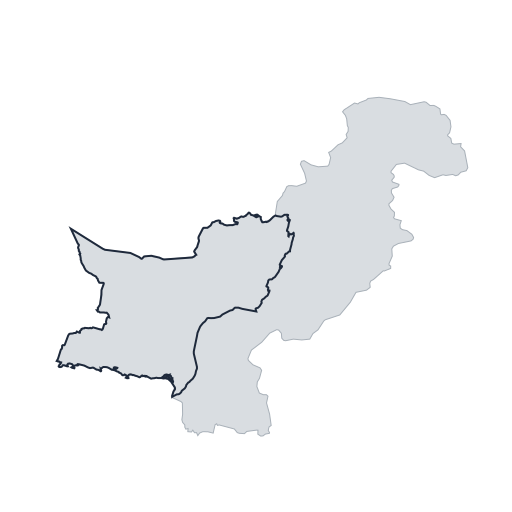 where Baluchistan sits in Pakistan, rotated 13°
{"feature_id": "PAK-1108", "entity_name": "Baluchistan", "entity_type": "Province", "adm_level": 1, "iso_a3": "PAK", "parent_name": "Pakistan", "parent_adm1": "", "projection": "natural_earth1", "projection_center": [66.028, 28.477], "detail": "fine", "context": "in_parent", "style": "outline", "palette": "slate", "viewbox_px": 512, "rotation_deg": 13, "n_neighbors": 0, "source": "natural_earth", "source_scale": "10m", "svg_char_len": 9718}
<svg xmlns="http://www.w3.org/2000/svg" viewBox="0 0 512 512"><g transform="rotate(13 256 256)"><path d="M435.6,106.7L442.5,122.3L441.6,125.7L436.7,128.3L434.8,131.5L432.5,132.9L429.3,132.3L422.9,134.8L419.9,134.8L412.4,139.5L406.5,138.5L400.3,135.6L394.9,135.5L379.9,132.1L372.2,135.2L368.5,143.0L368.9,144.5L371.6,145.6L372.7,147.0L372.9,148.3L371.2,151.6L372.3,153.2L379.2,154.0L379.3,155.3L378.5,156.9L373.7,159.7L373.1,161.6L373.8,164.1L377.3,167.7L376.6,171.2L373.8,175.2L374.1,176.7L377.0,179.9L381.1,182.3L381.8,186.0L381.3,187.4L382.5,188.6L389.6,188.9L389.2,193.2L390.3,196.4L392.7,197.4L397.3,197.3L403.0,199.8L405.4,202.5L405.3,204.3L403.7,206.4L391.9,211.8L387.7,215.5L386.7,218.5L388.8,225.5L387.3,233.5L387.8,235.0L389.5,235.5L390.0,237.8L384.3,241.8L383.3,241.8L375.8,252.4L373.3,254.7L373.0,257.1L374.3,260.8L371.4,264.4L361.6,268.9L358.3,279.8L350.9,294.6L337.9,302.5L336.7,304.0L333.0,314.0L328.9,318.8L327.1,324.9L319.5,327.5L311.1,328.6L303.9,331.9L302.1,332.0L299.6,330.3L298.1,325.6L294.8,323.1L292.8,323.1L286.7,328.1L281.0,338.7L272.7,348.7L271.2,357.7L272.0,359.4L277.5,362.7L285.1,364.1L287.2,366.1L286.9,374.4L285.6,378.4L286.2,383.0L290.1,388.8L294.5,389.5L297.3,388.8L299.2,389.9L299.3,396.8L304.8,407.0L308.9,417.7L307.2,419.6L307.1,421.0L307.2,423.3L308.9,425.0L308.9,425.8L305.2,427.4L303.3,429.7L301.2,430.4L297.9,429.2L297.1,425.3L295.8,425.5L286.5,429.0L284.7,431.7L279.6,432.5L277.5,432.3L273.8,429.4L258.2,428.9L256.5,429.7L255.4,428.3L254.1,429.6L254.1,438.2L248.5,438.1L243.6,439.2L240.9,441.2L239.7,444.1L237.8,441.5L235.8,442.0L233.6,439.9L232.7,442.0L229.1,442.5L228.6,439.4L226.6,440.5L225.2,438.9L224.6,436.6L221.9,434.6L220.6,432.2L220.1,426.7L217.3,415.7L215.6,414.7L206.2,412.8L205.7,410.8L206.1,402.4L203.0,398.1L202.2,395.1L199.7,392.5L197.2,391.8L194.8,392.1L192.7,394.8L198.0,394.4L200.6,396.2L195.1,395.7L186.9,396.9L182.0,398.8L175.6,398.2L167.5,400.0L160.7,400.1L157.9,403.6L155.2,402.1L146.0,399.4L143.8,397.4L140.9,399.1L135.8,397.9L132.0,398.8L130.5,400.4L130.4,402.8L122.8,401.6L119.2,402.5L110.9,401.3L108.7,401.6L102.6,405.0L99.9,402.4L97.3,404.4L93.0,405.1L89.1,404.9L85.0,403.5L86.1,400.7L87.4,387.5L89.6,384.9L90.9,375.8L91.7,374.1L97.6,371.5L98.4,370.0L101.1,370.4L102.9,366.6L105.9,364.6L114.0,362.2L122.8,362.1L123.5,356.7L125.0,355.6L124.8,349.9L126.3,348.6L126.2,347.8L125.2,346.2L123.1,345.0L117.2,345.9L113.6,345.0L113.7,342.0L114.8,338.0L113.2,323.7L113.7,316.9L109.2,317.1L104.3,312.0L93.5,308.3L87.3,301.3L80.8,287.9L80.4,284.9L69.5,271.1L107.4,283.9L132.9,281.3L145.2,284.3L147.0,282.4L152.1,280.0L168.5,279.6L195.0,270.9L196.9,268.0L195.4,265.8L195.2,264.0L196.7,258.0L196.3,249.8L197.7,244.3L198.8,241.2L203.4,238.2L206.6,233.2L208.8,231.3L211.1,230.1L213.5,230.2L215.5,231.8L219.5,232.6L223.3,232.1L229.9,229.0L229.8,228.0L226.6,225.9L226.2,224.4L227.3,223.5L229.9,223.2L236.3,219.5L239.7,216.0L246.2,217.3L249.8,216.0L254.1,220.4L256.1,220.8L261.0,217.8L265.5,212.2L264.5,198.1L268.2,191.0L268.2,188.7L269.3,186.8L270.4,181.5L271.9,180.2L275.0,179.4L280.0,178.9L287.8,173.9L288.3,171.6L284.8,164.5L278.6,156.6L279.0,153.5L281.4,152.3L289.1,154.8L296.6,155.1L305.7,152.3L306.6,150.3L306.6,143.3L303.5,138.7L305.8,136.8L310.9,129.2L314.6,126.4L318.2,120.3L316.5,117.3L317.7,113.9L317.0,110.0L315.7,108.5L313.5,101.9L311.5,98.9L307.9,96.0L309.0,93.7L317.6,84.8L321.1,84.9L322.2,83.4L328.4,79.2L329.7,77.3L340.2,73.7L351.4,72.6L366.3,72.0L372.4,73.8L385.1,67.9L387.1,67.9L391.7,70.2L395.4,69.3L397.5,69.7L402.1,71.3L404.0,76.3L404.9,76.7L407.4,75.7L409.6,76.2L414.6,80.2L416.9,86.3L416.9,92.4L415.5,94.7L415.7,95.8L419.4,97.6L421.3,102.0L423.7,102.5L430.5,100.3L430.8,103.6L435.6,106.7Z" fill="#d9dde1" stroke="#a8b0b8" stroke-width="1"/><path d="M258.6,220.6L260.0,219.7L261.4,218.2L264.2,213.7L266.0,212.1L267.1,212.4L271.5,212.1L272.6,211.5L274.4,209.5L277.4,208.7L278.0,208.8L278.1,209.3L277.7,210.2L277.7,210.6L279.1,212.0L278.5,213.4L278.6,214.0L279.1,214.5L279.5,214.6L280.0,214.3L280.5,213.3L280.9,213.4L280.6,216.1L280.8,220.0L280.4,224.1L280.7,224.7L282.1,225.2L282.4,225.9L283.0,229.4L283.4,229.6L283.4,228.4L284.1,226.9L284.6,227.2L285.0,226.9L285.8,226.9L287.4,225.0L287.7,225.3L287.9,226.7L288.4,227.8L288.0,229.6L288.1,231.5L287.8,235.1L288.0,236.7L287.8,242.3L288.1,243.8L287.2,244.1L285.3,246.9L284.4,247.1L284.1,247.7L283.9,249.1L284.3,249.8L284.2,250.3L282.1,254.2L281.1,258.9L281.1,259.2L281.7,259.6L281.8,260.8L282.8,259.9L283.6,260.1L283.7,260.6L283.0,262.3L282.1,263.4L281.6,266.3L279.3,272.0L278.8,272.7L277.8,273.5L277.0,274.9L276.5,275.3L275.1,275.6L274.2,276.0L273.5,277.1L273.6,279.2L272.9,283.1L273.2,283.4L274.3,283.5L275.0,284.0L275.2,284.3L275.2,286.3L275.8,287.2L276.6,286.6L276.9,286.6L277.0,287.5L276.2,291.8L275.9,292.3L274.7,293.5L273.5,295.5L272.0,297.0L271.7,297.5L271.5,299.3L272.1,300.4L270.8,304.1L269.6,306.0L267.9,306.9L267.5,307.4L267.6,307.9L268.8,310.0L254.5,310.6L250.5,310.3L247.3,311.0L246.7,311.6L245.3,313.9L243.0,315.0L236.4,320.6L234.7,323.1L229.1,325.9L226.0,326.7L223.4,327.1L222.5,327.6L221.1,331.1L219.4,333.3L217.9,336.3L217.4,337.6L216.3,344.0L216.5,347.7L216.8,362.0L216.9,363.3L217.4,365.2L223.4,377.3L223.8,379.1L223.4,381.6L223.5,384.4L223.2,386.3L222.0,389.8L220.1,392.4L219.4,393.8L218.4,394.6L217.1,397.4L217.1,398.9L216.4,401.0L214.0,404.0L213.7,405.7L212.4,407.6L211.5,408.2L210.0,408.6L206.2,411.9L206.2,411.7L205.7,411.4L206.1,406.4L207.0,404.3L207.0,403.7L206.5,402.3L202.5,398.5L202.7,397.9L203.3,398.1L203.5,397.5L203.4,396.7L202.6,395.9L202.1,394.1L201.7,394.4L201.5,394.0L201.2,394.1L200.9,393.3L199.9,391.9L198.7,392.0L198.4,391.7L198.5,391.1L197.6,391.6L196.8,391.7L195.7,391.5L195.3,391.8L194.4,392.0L193.5,392.8L192.8,394.3L192.2,394.8L191.8,395.4L194.6,394.9L195.3,394.1L195.7,393.9L195.7,393.4L197.5,393.1L197.9,393.6L198.8,394.0L199.6,395.2L200.4,394.8L200.8,394.8L201.2,395.2L200.4,396.0L201.3,396.6L201.7,397.1L201.4,397.5L198.1,395.6L197.0,395.4L196.2,395.6L195.5,395.4L193.4,396.2L191.2,396.2L187.8,397.0L186.3,397.0L184.1,398.1L183.1,398.3L181.4,399.1L177.0,397.9L175.5,398.4L175.0,398.3L175.3,397.7L173.9,397.9L172.9,398.5L172.1,398.0L171.5,398.3L170.4,400.0L169.7,400.4L167.4,399.9L165.5,399.8L164.1,399.6L163.4,399.5L162.7,399.8L161.5,399.5L160.0,399.6L158.8,400.4L158.2,401.6L158.0,402.3L158.2,403.0L159.1,403.4L159.2,403.7L157.9,404.1L156.6,403.9L157.2,402.8L157.2,402.3L156.8,401.7L155.7,401.2L154.6,401.0L154.0,401.9L152.8,402.2L152.3,402.0L150.9,400.8L148.7,400.4L148.2,399.8L146.7,399.8L144.6,399.3L144.9,397.9L144.4,397.4L144.4,396.7L144.9,396.5L145.7,396.7L146.0,396.6L146.1,396.2L145.4,396.0L143.8,396.3L143.5,396.1L141.9,397.1L142.4,396.9L142.7,397.6L143.2,397.0L143.6,397.0L144.3,398.5L143.8,399.1L142.1,399.2L141.7,399.1L141.1,399.3L137.8,398.2L136.2,397.9L134.6,398.0L132.3,398.5L131.5,399.1L130.5,400.6L130.3,400.8L129.9,400.6L130.2,401.4L131.0,402.6L130.9,403.1L130.6,403.3L128.5,402.5L127.7,402.4L126.1,402.6L123.0,401.5L122.2,401.4L119.5,402.6L117.4,402.4L113.4,401.4L107.7,401.3L106.5,401.5L106.2,402.1L106.2,402.5L106.7,402.8L106.3,403.0L105.7,402.8L105.0,403.0L103.8,403.7L103.3,404.4L103.2,405.3L103.5,405.6L104.3,405.9L104.2,406.3L102.0,406.3L101.2,406.0L102.0,405.3L102.6,405.1L102.7,404.8L102.2,403.6L101.2,402.8L98.6,402.6L97.1,403.2L96.6,404.2L96.9,404.6L97.0,405.2L97.5,405.8L96.9,406.0L93.5,405.7L92.4,405.9L91.5,407.7L90.2,408.3L89.4,408.4L88.8,408.2L88.5,407.8L88.9,406.9L88.8,406.5L89.5,405.6L89.7,404.7L90.1,403.9L90.1,403.5L89.7,403.5L89.3,403.9L88.0,403.1L85.5,403.1L86.2,400.7L86.9,391.4L87.1,390.8L87.6,390.2L87.7,389.2L87.3,387.0L87.8,386.3L89.2,386.1L89.6,385.6L90.9,375.7L91.5,374.1L92.1,373.6L94.9,372.7L96.2,371.9L97.7,371.6L98.4,369.9L101.2,370.5L101.7,370.3L101.3,368.7L102.5,367.0L102.4,366.3L103.9,365.3L104.8,365.2L105.4,364.5L109.5,364.0L110.6,363.3L111.3,363.5L112.0,363.4L112.6,363.0L113.0,362.3L113.3,362.2L120.7,362.6L121.4,362.4L122.4,362.8L122.9,362.2L123.2,361.1L123.4,356.9L123.6,356.5L124.9,356.1L125.2,355.8L125.3,355.3L124.6,353.8L124.6,350.3L125.3,348.9L125.7,348.6L126.7,348.8L125.5,346.4L123.3,344.8L121.8,345.2L120.5,345.2L116.6,346.1L115.2,345.5L114.5,345.8L113.1,344.6L113.7,344.4L114.0,343.6L113.9,342.9L113.5,342.3L114.7,339.3L114.9,338.1L114.1,328.6L113.1,323.9L113.9,317.8L113.8,316.8L113.3,316.5L109.4,317.3L107.5,315.3L106.9,313.9L105.8,313.3L105.1,312.3L104.5,311.9L101.4,311.2L99.5,310.3L97.2,310.0L93.5,308.4L91.3,306.0L90.4,304.7L88.0,302.3L87.3,301.5L86.7,299.9L86.0,299.1L85.7,297.6L84.7,295.2L83.7,294.3L84.2,293.7L84.2,293.1L83.6,292.8L83.1,291.5L82.2,290.9L81.9,289.6L80.9,288.2L80.7,287.6L81.0,285.5L80.8,284.8L79.5,283.9L69.5,271.1L105.0,283.4L107.4,283.9L132.9,281.3L142.3,283.3L144.9,284.5L145.6,284.2L147.0,281.7L147.8,281.3L154.1,279.3L162.1,279.3L166.0,280.1L167.1,280.1L194.2,271.8L196.0,270.3L197.1,268.6L197.5,268.3L194.9,265.8L194.7,265.4L195.1,263.9L196.6,260.7L196.7,260.1L196.7,258.4L197.1,254.7L196.9,253.5L196.2,252.4L195.8,251.3L195.8,250.0L198.1,240.9L198.7,240.3L202.4,239.4L205.0,236.4L205.8,233.2L206.3,232.8L207.2,232.6L209.1,230.9L211.5,229.8L212.9,229.8L213.2,230.0L213.4,230.4L213.4,231.0L213.1,231.6L213.3,231.9L214.6,232.2L216.0,231.9L217.8,232.7L220.8,232.8L222.9,232.0L226.3,231.2L228.9,229.5L230.5,229.3L230.8,228.7L230.7,227.5L229.8,227.3L227.9,227.5L227.0,227.1L226.6,226.7L226.5,225.6L225.7,224.2L226.0,223.7L228.9,224.0L230.9,222.7L232.3,221.1L233.0,220.7L234.0,220.8L235.2,220.6L235.8,219.9L237.0,219.2L237.3,218.2L238.1,217.4L239.1,215.4L239.6,215.3L240.7,215.8L241.8,217.0L244.2,217.1L247.5,218.2L248.7,217.4L248.5,217.1L246.1,217.0L245.7,216.8L245.6,216.5L247.1,215.6L248.1,215.4L250.3,216.5L251.9,216.9L252.3,218.9L254.0,221.2L254.6,221.7L255.5,221.5L257.8,220.5L258.6,220.6Z" fill="none" stroke="#1e293b" stroke-width="2"/></g></svg>